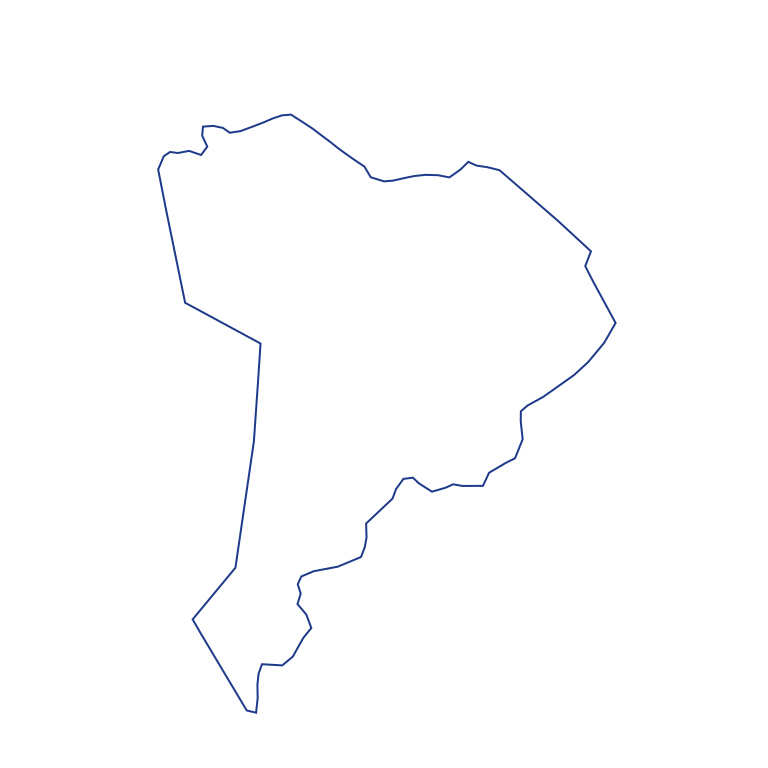 Água Branca, Paraíba, Brazil, rotated 347°
{"feature_id": "56859067B36590895237409", "entity_name": "Água Branca", "entity_type": "district", "adm_level": 2, "iso_a3": "BRA", "parent_name": "Brazil", "parent_adm1": "Paraíba", "projection": "orthographic", "projection_center": [-37.665, -7.486], "detail": "fine", "context": "isolated", "style": "outline", "palette": "blue", "viewbox_px": 768, "rotation_deg": 347, "n_neighbors": 0, "source": "geoboundaries", "source_scale": "gbopen_adm2", "svg_char_len": 1302}
<svg xmlns="http://www.w3.org/2000/svg" viewBox="0 0 768 768"><g transform="rotate(347 384 384)"><path d="M607.8,393.4L623.4,376.6L610.7,330.8L606.6,314.4L615.5,301.3L590.3,264.3L544.7,201.7L533.7,196.1L523.1,191.9L516.1,186.5L506.9,192.2L494.2,197.4L483.6,192.7L471.3,189.5L460.4,188.2L450.5,187.9L438.8,187.9L429.7,186.6L417.6,179.6L413.8,167.7L404.5,157.8L396.8,149.1L391.9,143.4L386.0,136.0L378.1,126.6L372.4,119.7L364.9,111.8L354.0,100.6L344.9,99.3L334.8,100.3L326.2,101.9L315.2,103.5L301.1,105.3L290.3,104.5L284.6,98.2L275.7,94.1L265.5,92.5L262.7,101.1L265.2,113.0L257.3,119.7L246.5,113.0L235.3,112.6L227.7,109.8L220.7,112.5L212.2,124.2L210.9,163.1L208.5,260.1L272.8,316.8L261.4,354.6L244.3,410.7L197.9,529.6L144.6,570.3L149.4,586.0L176.8,671.2L185.4,675.5L190.2,661.8L193.0,648.6L196.7,637.9L202.1,629.6L221.6,635.3L233.8,629.1L248.4,613.1L258.3,605.4L256.5,591.3L250.2,579.0L255.7,569.5L254.9,559.7L260.2,552.9L273.6,550.6L297.8,551.6L322.7,547.4L328.7,538.4L332.4,529.8L335.2,515.9L366.5,497.6L372.2,489.0L381.6,480.8L391.1,481.8L395.6,488.6L406.5,499.7L420.8,498.9L428.9,497.3L437.5,501.0L457.5,505.5L466.4,494.1L484.8,488.3L495.0,485.8L506.7,469.0L508.8,451.3L511.2,441.4L519.1,437.2L536.4,432.3L571.2,418.0L587.8,408.6L607.8,393.4Z" fill="none" stroke="#1e3a8a" stroke-width="2"/></g></svg>